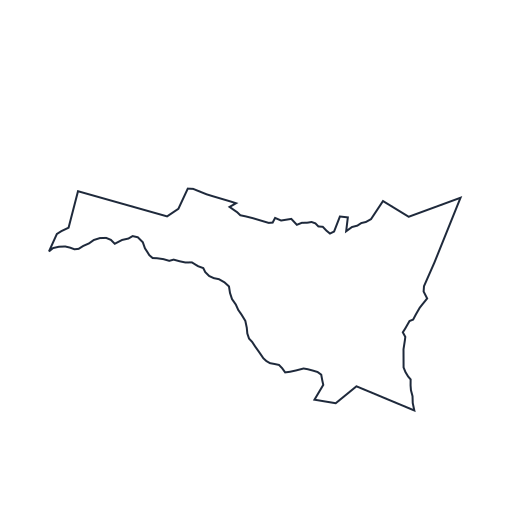 Condado, Paraíba, Brazil, rotated 288°
{"feature_id": "56859067B6390679089384", "entity_name": "Condado", "entity_type": "district", "adm_level": 2, "iso_a3": "BRA", "parent_name": "Brazil", "parent_adm1": "Paraíba", "projection": "mercator", "projection_center": [-37.624, -6.87], "detail": "fine", "context": "isolated", "style": "outline", "palette": "slate", "viewbox_px": 512, "rotation_deg": 288, "n_neighbors": 0, "source": "geoboundaries", "source_scale": "gbopen_adm2", "svg_char_len": 1820}
<svg xmlns="http://www.w3.org/2000/svg" viewBox="0 0 512 512"><g transform="rotate(288 256 256)"><path d="M158.0,454.3L164.6,450.5L171.0,448.2L176.3,444.8L180.7,443.0L186.4,441.2L188.5,437.8L191.8,434.0L195.6,430.8L205.3,427.6L212.9,425.1L221.5,423.7L225.2,423.0L228.8,419.2L233.0,420.3L241.6,422.1L244.1,425.1L249.9,426.1L257.4,427.7L261.2,429.1L268.5,431.9L274.0,426.4L279.2,425.1L304.9,427.7L374.6,432.5L340.5,389.1L347.5,359.8L326.6,354.0L322.3,350.0L319.9,346.0L316.2,343.0L313.2,338.3L307.4,334.1L321.1,331.4L319.5,323.6L303.4,322.7L300.2,319.4L301.9,315.1L304.4,310.5L303.4,306.2L305.4,302.4L305.5,298.3L303.6,294.7L301.7,289.3L298.3,285.2L302.2,278.1L300.0,273.8L297.5,268.9L298.1,262.4L292.9,261.5L291.4,257.8L291.0,241.2L290.5,234.0L289.9,228.5L291.8,224.6L292.9,220.9L294.5,215.7L300.0,220.7L300.0,215.2L299.5,196.4L299.4,190.0L300.4,175.4L299.0,170.3L276.9,167.6L266.2,159.2L262.6,66.7L225.0,69.0L219.6,63.3L215.4,59.8L196.4,57.7L200.8,60.5L203.9,65.7L206.1,71.6L206.5,76.6L206.3,81.3L208.0,85.1L212.2,88.6L216.4,93.3L221.1,96.8L224.8,102.0L226.9,107.9L226.5,113.0L224.0,117.9L229.9,123.7L233.2,129.3L236.8,132.5L237.3,137.8L234.1,144.1L229.0,148.0L226.5,151.1L223.8,154.3L222.1,158.3L223.3,162.6L224.4,168.9L224.6,175.0L227.1,178.8L227.4,185.0L228.0,190.8L230.1,197.0L228.4,204.0L228.2,209.6L225.0,212.7L222.5,217.6L221.9,222.7L222.5,227.9L221.2,234.2L218.7,239.7L212.8,242.7L207.6,246.5L203.6,251.8L199.2,255.8L195.8,260.3L191.0,265.9L184.9,269.4L179.6,271.7L175.3,274.9L173.1,278.9L169.7,283.1L165.4,288.9L161.0,294.6L159.3,298.3L158.4,302.4L159.0,306.8L159.5,311.5L157.4,315.5L154.3,319.7L156.4,324.1L159.5,329.4L163.7,336.0L164.3,340.1L164.6,345.7L164.7,350.4L163.3,354.7L158.3,357.4L154.2,359.8L137.4,356.0L140.6,377.3L163.1,391.8L158.0,454.3Z" fill="none" stroke="#1e293b" stroke-width="2"/></g></svg>